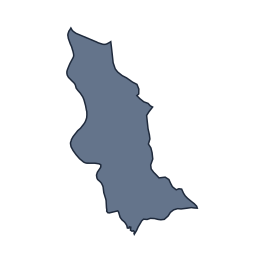 the district of Paekam, Ryanggang, North Korea, rotated 173°
{"feature_id": "82179303B39212929407944", "entity_name": "Paekam", "entity_type": "district", "adm_level": 2, "iso_a3": "PRK", "parent_name": "North Korea", "parent_adm1": "Ryanggang", "projection": "robinson", "projection_center": [128.836, 41.511], "detail": "fine", "context": "isolated", "style": "filled", "palette": "slate", "viewbox_px": 256, "rotation_deg": 173, "n_neighbors": 0, "source": "geoboundaries", "source_scale": "gbopen_adm2", "svg_char_len": 2127}
<svg xmlns="http://www.w3.org/2000/svg" viewBox="0 0 256 256"><g transform="rotate(173 128 128)"><path d="M173.5,211.9L173.3,211.1L173.0,208.0L173.1,206.3L173.6,205.0L177.6,199.3L179.2,196.6L181.3,192.7L181.8,191.3L182.0,189.7L181.9,188.0L180.9,185.5L177.6,181.2L176.4,179.8L175.5,178.4L175.0,177.0L174.6,173.9L173.1,171.3L171.1,168.4L169.1,164.4L168.3,161.6L167.4,155.5L167.1,150.6L166.9,149.3L167.2,146.0L167.8,143.1L169.0,140.6L169.9,139.1L171.0,137.7L175.2,133.5L178.3,131.4L183.5,126.2L185.6,123.3L186.0,122.0L186.7,120.9L187.0,119.5L186.8,116.3L185.6,113.3L185.3,112.4L182.7,107.7L179.8,103.4L176.2,99.6L174.6,98.6L173.1,98.1L165.3,97.1L163.7,96.7L160.9,95.9L159.5,94.8L159.6,93.5L160.0,92.2L163.8,87.8L165.0,85.1L165.0,83.5L164.9,82.0L164.4,80.6L162.1,78.0L161.1,76.5L160.1,73.6L159.9,72.3L159.9,66.8L158.7,59.9L158.6,58.5L159.1,51.3L159.0,49.6L159.3,48.0L158.4,46.4L156.9,46.0L148.3,47.0L147.6,45.6L146.7,40.3L145.3,37.7L143.0,35.2L142.2,33.9L141.1,31.5L140.8,28.8L139.2,28.5L138.7,29.7L137.3,29.2L138.0,26.3L136.6,25.1L135.0,25.3L134.2,23.9L134.9,22.8L134.7,21.8L132.0,25.2L129.9,28.7L127.8,31.4L125.7,34.2L123.7,35.6L120.2,34.9L116.8,35.6L112.7,34.9L109.3,33.6L106.6,32.9L103.1,32.9L99.0,35.7L96.2,39.1L92.7,41.2L88.6,41.9L85.2,41.2L82.5,41.2L79.0,41.2L74.9,41.3L72.2,40.6L69.0,40.0L69.4,42.0L71.4,44.7L74.2,47.5L77.5,51.0L79.6,53.8L80.9,56.6L82.2,60.8L84.9,61.5L87.7,60.8L91.1,64.3L92.4,67.7L93.7,71.9L97.1,74.7L99.9,74.7L103.3,74.7L105.3,77.5L108.0,81.0L110.0,84.5L110.0,88.6L107.2,94.2L107.1,100.5L107.7,105.4L109.7,109.6L107.6,114.4L107.6,118.6L108.2,124.9L108.1,131.9L108.0,138.2L105.2,141.6L101.0,145.8L102.0,146.5L103.1,147.2L105.1,150.0L109.2,152.1L112.6,155.6L115.3,159.1L113.2,160.5L112.5,165.3L113.8,170.2L117.9,173.0L123.3,177.9L127.4,180.7L131.5,184.9L133.5,188.3L134.8,194.6L134.7,201.6L134.6,210.0L134.6,215.8L136.0,215.1L138.9,214.0L140.3,213.8L141.7,213.9L143.1,214.3L147.4,216.3L148.7,217.2L168.1,228.3L170.6,230.6L171.5,231.8L172.5,234.2L173.6,232.7L174.8,231.4L176.0,229.0L176.4,227.6L176.3,224.2L175.0,218.4L174.1,215.6L173.5,211.9Z" fill="#64748b" stroke="#1e293b" stroke-width="1.5"/></g></svg>